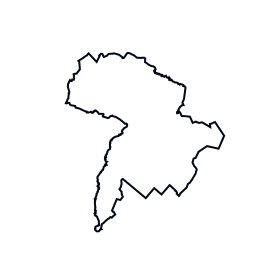 Prodes pag., Ilukstes, Latvia, rotated 240°
{"feature_id": "27541924B41146663771526", "entity_name": "Prodes pag.", "entity_type": "district", "adm_level": 2, "iso_a3": "LVA", "parent_name": "Latvia", "parent_adm1": "Ilukstes", "projection": "mercator", "projection_center": [25.919, 56.06], "detail": "fine", "context": "isolated", "style": "outline", "palette": "ink", "viewbox_px": 256, "rotation_deg": 240, "n_neighbors": 0, "source": "geoboundaries", "source_scale": "gbopen_adm2", "svg_char_len": 5652}
<svg xmlns="http://www.w3.org/2000/svg" viewBox="0 0 256 256"><g transform="rotate(240 128 128)"><path d="M180.5,86.6L179.9,87.3L180.0,88.4L179.1,89.8L177.2,89.5L175.8,90.4L173.6,93.2L172.8,93.2L171.9,92.8L169.2,95.6L163.4,99.6L163.4,99.8L162.9,100.5L162.5,100.6L162.3,100.3L161.8,100.2L161.4,101.1L161.2,101.7L160.5,103.3L160.6,103.6L160.3,103.8L160.4,104.1L159.7,104.5L159.3,104.4L158.9,104.8L158.8,105.5L159.3,105.9L159.6,106.3L159.2,106.7L159.5,107.6L159.2,107.7L159.3,108.1L159.5,108.0L159.6,108.4L159.4,108.7L156.7,109.8L154.8,109.8L152.7,113.5L152.4,113.7L152.0,113.7L150.9,112.1L150.6,112.0L149.6,112.7L148.9,113.6L148.0,114.3L147.8,114.7L146.9,115.1L146.4,116.8L147.0,118.4L146.5,120.7L145.8,120.8L143.7,122.9L139.7,125.2L134.5,127.2L133.4,127.3L133.0,127.7L132.8,128.6L132.1,129.0L130.7,128.7L129.7,127.4L129.8,126.7L129.7,125.6L129.9,125.0L129.1,122.8L129.2,122.5L129.0,122.1L128.0,120.9L126.7,121.0L126.1,120.6L126.1,120.2L126.3,119.4L126.3,119.1L126.1,118.8L126.2,118.7L125.8,118.4L125.7,118.1L126.1,117.4L126.7,117.1L126.5,116.6L126.0,116.3L125.8,115.8L126.1,115.2L126.8,112.4L126.7,109.5L125.9,108.6L125.8,108.2L126.2,107.9L126.1,107.7L125.9,107.6L126.0,107.5L125.8,107.1L125.9,106.8L124.5,105.4L124.1,105.3L124.2,105.1L123.8,105.0L123.3,104.5L121.3,103.3L120.4,103.3L119.6,102.2L118.9,102.1L118.7,99.9L118.3,99.0L117.7,98.2L117.0,97.8L116.6,96.8L115.8,96.3L115.6,95.7L115.1,95.4L115.3,95.0L114.9,94.8L114.7,94.2L114.3,94.2L114.4,93.8L113.9,93.3L113.6,93.5L113.6,93.2L113.0,93.1L113.1,92.9L112.9,92.7L112.4,92.9L112.4,92.7L112.2,92.7L112.0,92.3L111.4,92.4L110.9,92.1L109.9,92.2L109.6,92.5L109.6,92.2L109.0,92.2L108.5,91.7L108.1,91.0L107.6,90.8L107.8,90.7L107.7,90.6L107.4,90.7L107.5,90.4L107.2,90.5L107.4,90.1L107.0,90.1L106.6,89.4L106.9,88.9L106.4,87.5L104.8,86.0L104.7,85.6L104.3,85.4L104.4,84.9L104.1,84.4L104.1,83.9L103.5,83.0L103.6,82.6L103.1,82.4L103.2,82.0L100.9,77.1L99.4,76.2L98.0,76.0L97.7,75.4L97.0,74.7L96.1,75.0L95.1,74.6L94.8,75.2L94.4,75.2L93.4,74.5L93.5,73.9L93.3,73.4L92.3,73.2L92.4,72.9L92.0,73.1L91.6,72.7L91.2,72.5L91.1,73.1L90.3,73.0L89.6,72.2L89.5,71.9L89.5,71.4L88.4,70.2L88.2,69.9L87.9,70.0L87.5,69.1L87.0,68.7L86.7,67.8L85.9,67.5L85.7,67.0L85.2,66.9L84.3,65.6L83.4,64.5L83.3,64.1L82.9,64.4L82.9,63.9L82.3,63.7L82.1,63.9L81.8,63.6L81.8,63.3L81.5,63.3L81.0,62.7L80.3,62.3L80.0,62.0L76.0,60.2L75.6,59.8L75.2,59.9L73.9,58.6L73.5,58.5L73.2,58.6L73.2,58.4L72.9,58.3L72.9,58.6L72.7,58.6L72.6,58.2L72.0,58.5L71.4,58.0L71.5,57.9L71.4,57.7L71.5,57.5L71.4,57.3L70.7,56.5L70.3,56.7L70.4,56.3L70.1,56.3L70.0,56.1L69.3,55.8L67.9,56.2L67.6,56.6L67.1,56.6L66.6,56.9L65.4,56.6L62.3,56.3L60.3,55.3L58.6,54.7L58.2,54.4L58.2,53.9L58.6,53.5L58.3,52.9L58.6,52.2L58.7,50.6L58.6,50.2L57.9,49.7L57.5,49.7L57.2,49.2L56.8,49.2L56.6,48.8L56.2,48.6L54.5,49.1L54.0,49.4L53.1,51.3L54.0,53.0L53.6,54.5L54.7,54.5L57.9,57.5L57.9,59.1L59.0,63.2L59.2,65.5L59.2,66.6L59.6,67.6L59.5,68.5L58.5,69.1L59.2,71.7L59.5,73.7L62.7,73.7L62.9,73.1L64.4,72.8L72.0,82.7L69.5,85.4L71.0,89.1L74.0,89.5L75.7,90.5L79.3,90.0L80.1,91.7L82.3,94.1L83.3,94.8L85.9,95.9L86.4,96.9L86.5,98.0L58.4,108.3L62.8,120.6L53.7,123.8L57.7,135.5L49.9,138.0L49.8,137.7L49.0,138.1L47.4,138.1L46.8,137.3L43.7,138.1L43.9,138.9L44.8,139.9L45.2,140.7L46.8,147.5L47.0,148.8L47.5,149.5L49.5,151.8L49.7,153.0L49.6,153.7L49.8,154.6L50.8,156.3L50.9,156.9L52.3,159.5L54.0,162.3L54.7,163.8L56.1,164.9L57.3,166.5L58.0,166.8L58.9,166.9L62.3,166.3L65.9,166.6L68.7,169.5L68.6,170.7L68.2,171.5L72.1,177.2L72.8,187.4L64.8,196.1L73.2,207.4L89.7,206.3L90.1,202.2L90.6,201.0L87.6,199.7L95.9,195.0L96.8,192.1L98.9,190.3L99.0,190.4L99.6,190.0L100.1,186.6L106.8,187.3L110.2,182.7L111.5,180.5L115.3,180.9L116.7,180.5L115.9,179.2L115.9,178.5L116.3,177.9L117.3,178.6L117.5,179.0L117.6,179.9L118.3,180.4L118.7,181.2L119.6,182.2L119.8,182.8L120.1,183.4L120.7,186.1L120.4,187.0L120.1,187.5L122.8,187.8L123.8,189.3L125.4,191.2L134.1,197.9L134.5,198.1L135.5,198.0L136.1,197.6L136.6,196.9L136.9,197.2L136.9,197.5L137.3,197.5L138.4,196.9L139.1,196.0L139.3,196.0L139.5,195.7L139.8,195.3L139.8,194.7L140.2,194.9L140.7,193.9L140.9,194.2L141.2,194.1L142.9,193.0L144.2,191.2L145.3,190.8L145.8,190.1L146.3,189.9L148.0,189.9L148.0,189.5L148.1,189.3L148.8,189.1L148.5,188.8L149.1,188.5L148.6,188.3L149.1,187.7L149.3,187.8L149.4,188.2L150.0,188.2L150.1,188.4L149.9,189.0L150.4,189.1L150.9,189.0L150.5,188.7L151.1,188.2L151.4,187.8L151.9,187.2L153.0,186.9L154.0,187.0L153.9,186.7L154.5,186.2L154.4,185.7L154.2,185.6L154.2,185.0L155.6,184.2L155.7,183.9L155.9,184.1L156.4,184.0L156.3,183.6L156.5,183.3L157.0,184.1L157.5,183.6L157.4,183.1L157.9,182.9L158.3,182.3L159.0,182.3L159.0,182.0L159.4,182.0L159.7,181.6L159.6,181.2L159.8,181.2L160.0,181.4L160.3,181.1L160.2,180.7L160.6,180.5L160.8,179.9L161.4,180.0L161.5,179.5L162.4,179.3L162.5,178.8L164.5,179.1L164.6,179.3L164.1,180.0L164.7,180.4L164.9,181.2L167.0,181.6L167.6,181.4L169.0,180.5L170.2,179.0L171.2,178.4L173.2,177.2L174.2,176.9L176.6,175.7L179.6,177.7L180.8,177.1L181.9,175.1L181.9,174.7L184.5,170.8L187.6,169.7L190.2,167.9L191.6,167.1L192.8,165.8L193.2,164.6L190.8,159.5L191.1,158.4L191.6,158.1L192.6,158.4L196.1,156.7L199.5,153.4L199.8,152.5L201.7,148.5L201.6,147.3L201.1,146.0L201.6,142.5L205.0,142.8L205.8,141.9L205.2,139.4L204.6,139.5L200.9,133.9L212.3,131.2L212.2,130.7L211.4,128.6L211.4,126.2L211.1,124.2L210.9,118.6L209.7,118.9L202.9,115.7L200.9,110.8L200.8,110.7L201.6,108.8L201.8,107.8L200.1,107.2L198.7,106.3L197.8,106.1L196.9,105.2L197.9,103.9L196.8,102.7L197.1,102.2L198.5,101.7L197.9,100.6L196.6,99.1L196.5,98.5L194.0,96.6L188.5,95.2L187.9,94.0L187.1,94.1L186.1,92.9L183.5,91.2L182.9,89.9L180.5,86.6Z" fill="none" stroke="#020617" stroke-width="2"/></g></svg>